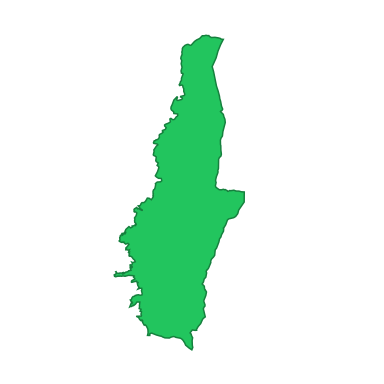 Rau Sadului, Sibiu, Romania, rotated 125°
{"feature_id": "2599482B59559363647418", "entity_name": "Rau Sadului", "entity_type": "district", "adm_level": 2, "iso_a3": "ROU", "parent_name": "Romania", "parent_adm1": "Sibiu", "projection": "equal_earth", "projection_center": [24.033, 45.624], "detail": "fine", "context": "isolated", "style": "filled", "palette": "green", "viewbox_px": 384, "rotation_deg": 125, "n_neighbors": 0, "source": "geoboundaries", "source_scale": "gbopen_adm2", "svg_char_len": 6107}
<svg xmlns="http://www.w3.org/2000/svg" viewBox="0 0 384 384"><g transform="rotate(125 192 192)"><path d="M171.7,252.3L173.6,251.9L174.0,251.5L174.1,251.2L172.8,248.4L172.7,247.3L173.0,247.0L174.8,247.5L179.4,247.4L180.4,246.4L183.8,245.0L184.0,244.2L183.7,242.4L183.9,241.3L187.0,239.7L187.6,238.8L187.6,236.3L190.3,235.8L190.3,234.1L191.1,233.1L195.2,231.9L199.8,231.3L200.1,229.7L200.0,227.3L198.5,224.9L200.1,223.2L201.7,223.6L203.8,226.2L206.1,226.8L206.8,226.0L209.4,224.8L211.1,224.3L212.4,224.7L213.8,224.3L215.7,222.9L215.6,222.7L217.3,221.9L217.1,221.6L217.5,221.3L218.8,220.9L221.7,220.9L221.7,223.5L222.6,225.1L225.8,224.8L227.5,225.0L228.2,225.3L229.4,226.9L230.8,227.1L231.5,226.8L233.1,226.8L234.1,228.0L234.9,225.7L235.5,224.9L235.2,224.1L235.6,223.3L235.2,222.7L235.6,222.3L235.9,222.7L236.1,224.8L236.0,226.0L237.0,226.9L236.3,228.4L238.9,229.5L240.0,229.3L240.4,228.6L241.2,228.3L241.4,227.7L240.8,227.4L240.7,226.8L240.8,225.2L243.3,224.2L246.3,224.2L246.8,223.3L248.1,222.8L249.6,221.6L249.8,220.3L250.5,219.1L251.0,219.1L251.1,219.6L251.9,219.1L252.2,220.0L253.0,220.2L254.2,221.5L254.8,220.8L256.6,221.7L256.5,223.8L260.5,224.7L262.7,224.3L262.9,223.3L263.3,223.0L264.2,224.2L264.6,224.2L264.8,223.5L264.4,222.9L264.6,222.8L265.4,223.9L265.9,225.5L266.7,225.5L266.8,224.1L267.3,224.1L267.3,225.0L268.7,225.7L269.0,225.2L270.6,225.2L272.6,223.5L273.9,223.6L274.0,223.2L273.9,221.9L273.5,220.4L272.6,219.9L272.5,219.2L272.1,219.0L272.6,218.3L272.7,216.4L270.8,215.1L271.1,214.4L271.0,213.7L273.7,213.7L275.6,214.1L276.3,213.7L276.1,213.6L276.1,213.1L277.2,212.9L276.5,211.9L276.2,210.8L275.2,210.1L277.7,209.4L277.2,208.7L278.1,208.6L278.3,207.9L279.0,207.9L279.3,207.4L280.4,207.0L280.4,206.2L279.8,205.6L279.7,204.0L280.5,201.8L280.7,200.0L281.7,198.5L283.8,200.0L284.0,200.9L284.4,200.1L285.8,199.5L286.6,199.6L286.8,200.5L287.3,200.9L288.1,200.2L287.6,200.0L287.3,198.3L287.8,197.8L288.3,197.9L288.2,199.2L289.7,199.2L289.9,198.0L290.7,197.9L291.2,197.1L293.0,198.8L293.9,198.7L295.8,200.4L297.7,200.8L298.1,201.1L297.5,201.1L297.1,201.4L297.1,201.8L297.9,202.6L298.6,202.5L299.0,203.6L300.1,205.0L300.5,204.9L301.6,207.1L300.8,208.5L301.1,208.7L301.8,207.1L304.6,208.1L304.6,207.3L305.5,207.0L305.2,205.9L303.3,204.3L303.0,203.6L301.9,202.4L301.6,201.6L300.3,200.3L299.4,198.5L296.6,196.1L294.3,192.3L294.0,191.4L294.0,191.1L295.2,191.2L295.6,189.3L296.2,188.9L299.0,190.4L299.8,190.4L300.6,189.8L300.5,189.5L296.9,186.4L297.4,186.0L297.1,184.3L297.6,184.2L297.9,184.5L298.4,184.2L299.7,182.7L300.5,180.7L302.5,180.6L300.8,179.5L299.7,178.0L300.7,177.1L301.7,176.9L303.9,174.4L305.1,174.0L306.3,175.2L306.9,176.9L308.2,178.3L308.8,178.4L309.2,179.2L310.4,179.3L311.4,180.3L312.8,180.5L315.1,180.0L315.8,180.6L316.4,179.5L316.5,178.1L317.0,178.0L317.0,177.2L317.6,177.2L317.7,178.1L321.8,177.1L320.7,176.5L320.5,175.9L318.4,175.1L318.5,174.7L316.3,174.0L313.7,174.0L312.1,171.6L315.4,169.8L316.0,169.2L317.8,168.4L317.3,166.5L319.4,166.1L319.0,165.2L319.1,164.6L321.4,163.7L321.9,162.7L322.8,162.4L325.8,166.4L325.4,163.6L326.1,162.6L326.7,160.5L326.6,159.7L325.6,159.6L325.6,158.8L327.1,157.7L328.4,155.0L328.5,154.7L327.7,154.3L327.8,152.9L329.3,150.0L330.2,149.0L332.7,147.1L335.0,146.2L333.7,144.3L332.3,145.2L331.3,144.7L330.7,144.0L329.5,139.0L328.2,135.3L327.7,134.6L327.6,132.9L327.0,130.5L324.6,126.8L322.9,125.9L321.1,124.4L320.5,123.2L320.3,121.8L318.4,117.6L318.3,116.1L318.6,114.4L319.8,111.4L321.1,109.4L321.5,104.7L321.4,101.6L318.9,102.2L317.4,103.8L313.6,106.7L311.0,107.9L310.2,109.6L308.8,111.3L308.7,112.5L308.4,112.8L304.8,112.6L303.6,110.1L302.6,108.9L302.0,109.5L298.6,109.8L294.8,109.4L290.4,110.3L288.9,110.2L286.7,109.5L281.2,115.7L279.5,116.1L278.2,115.9L277.0,116.6L274.9,119.5L274.0,120.1L268.9,121.3L265.6,122.8L264.6,124.9L264.8,125.0L264.0,126.3L262.1,127.9L261.5,130.9L259.1,131.0L256.4,132.1L253.9,131.8L249.9,133.6L249.1,134.8L247.4,135.2L246.9,134.8L244.8,134.8L239.0,136.1L238.6,136.6L237.1,137.3L235.4,137.5L233.0,137.1L230.9,137.1L226.1,139.8L223.9,139.7L217.6,141.3L214.5,142.6L212.4,142.5L210.0,143.3L206.1,143.7L203.8,145.0L203.6,145.6L202.5,145.4L199.5,145.6L194.7,146.9L193.1,146.6L189.1,143.1L187.0,142.2L183.5,142.1L180.0,143.4L170.3,143.5L162.0,149.2L163.5,151.7L164.3,154.0L166.0,156.6L166.5,158.7L168.8,161.1L169.1,161.9L170.8,162.8L171.0,163.2L170.7,164.0L171.0,166.3L171.5,166.6L171.8,167.9L173.5,169.3L174.5,171.1L174.4,175.1L173.5,176.4L170.4,177.7L169.4,179.0L168.3,179.7L165.5,180.8L161.9,181.7L160.6,182.2L159.8,183.1L157.6,183.8L149.9,189.0L148.1,189.3L146.0,188.9L144.2,189.6L141.1,192.4L137.5,195.0L136.9,195.8L133.2,198.5L131.3,199.1L128.7,199.2L124.9,201.3L116.0,204.6L113.5,206.8L112.1,209.0L110.6,210.7L110.3,211.4L109.8,214.8L109.1,214.8L108.2,214.2L106.5,214.4L104.8,217.0L101.1,220.8L99.7,222.7L97.7,224.5L94.4,228.4L91.2,232.7L81.0,243.4L77.7,247.4L68.2,249.2L61.8,251.5L54.8,253.1L49.0,253.9L50.0,255.6L50.0,257.1L50.9,259.4L52.1,261.9L54.3,264.7L54.6,266.6L54.2,268.0L54.7,268.4L55.6,270.4L57.1,271.7L58.1,273.2L61.9,273.8L64.7,275.4L67.2,276.3L72.2,276.9L73.0,277.8L73.2,279.6L73.9,280.6L75.8,281.8L78.7,282.4L80.0,282.2L81.5,281.2L83.2,280.6L84.6,279.2L87.7,278.4L89.1,277.7L90.3,275.7L93.2,274.4L95.5,271.7L99.1,270.4L100.7,268.8L100.2,267.7L100.4,267.0L104.8,265.9L106.6,264.7L108.5,264.7L109.6,264.2L111.5,264.0L111.9,263.2L110.3,261.8L110.1,261.2L110.2,260.6L111.4,259.4L112.2,257.9L114.3,256.5L115.7,254.4L116.6,253.7L117.5,253.8L120.2,256.1L120.7,255.9L120.5,254.1L120.7,253.7L121.2,253.4L122.2,253.6L125.0,255.9L125.4,256.7L125.1,257.4L124.7,257.7L122.8,258.2L122.6,258.5L122.7,258.9L127.1,259.6L131.5,258.4L134.4,257.9L135.9,257.0L136.6,255.9L136.8,253.1L138.1,251.9L136.3,248.5L137.4,247.6L138.3,247.5L139.3,248.0L142.2,248.0L143.1,248.4L143.8,249.4L143.8,251.5L144.6,252.0L145.1,251.8L146.7,250.1L147.3,250.0L149.1,250.8L151.8,252.6L152.8,252.9L153.6,252.3L154.1,250.1L155.5,249.8L156.2,249.9L158.6,251.5L159.1,251.2L159.4,250.0L161.0,250.3L163.6,251.6L164.5,251.3L165.9,250.1L168.0,250.1L168.7,250.3L170.1,251.5L171.2,251.7L171.7,252.3Z" fill="#22c55e" stroke="#15803d" stroke-width="1.5"/></g></svg>